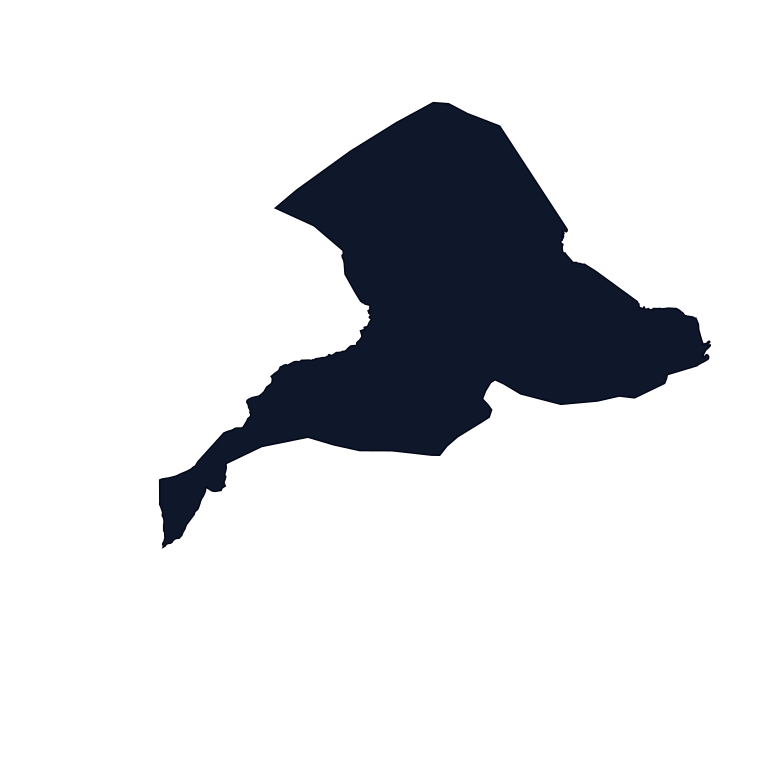 the district of South Dayi, Volta, Ghana, rotated 47°
{"feature_id": "2480657B27395942809935", "entity_name": "South Dayi", "entity_type": "district", "adm_level": 2, "iso_a3": "GHA", "parent_name": "Ghana", "parent_adm1": "Volta", "projection": "natural_earth1", "projection_center": [0.223, 6.546], "detail": "fine", "context": "isolated", "style": "filled", "palette": "ink", "viewbox_px": 768, "rotation_deg": 47, "n_neighbors": 0, "source": "geoboundaries", "source_scale": "gbopen_adm2", "svg_char_len": 6134}
<svg xmlns="http://www.w3.org/2000/svg" viewBox="0 0 768 768"><g transform="rotate(47 384 384)"><path d="M578.0,118.8L577.7,118.8L577.5,119.1L577.4,119.7L577.0,120.1L576.7,120.4L576.2,120.3L575.9,120.0L575.6,119.6L575.4,119.1L575.5,119.0L575.7,118.3L575.5,117.1L575.3,116.9L574.9,116.8L574.5,117.0L574.2,117.4L574.1,117.9L574.3,120.3L572.5,123.4L568.8,121.9L559.1,116.9L554.7,113.3L548.6,111.0L548.3,111.4L547.6,111.9L546.0,112.3L544.9,113.0L542.6,114.8L541.8,115.6L539.3,117.1L538.8,117.3L538.2,117.4L536.5,117.0L535.6,117.0L534.2,117.4L531.4,117.7L529.8,118.3L528.5,118.5L522.2,124.5L521.2,126.1L518.7,129.3L516.8,130.8L515.3,132.7L512.8,135.1L511.9,138.6L509.0,139.3L508.7,140.8L507.1,141.9L505.0,141.3L505.4,143.4L502.6,144.8L500.7,144.4L499.4,143.0L498.6,143.5L497.4,143.0L496.9,142.5L446.0,152.3L433.1,155.7L432.3,156.7L431.6,157.4L429.7,158.3L428.0,160.0L426.7,160.2L426.1,160.6L424.2,162.9L413.8,162.6L412.7,162.7L412.3,162.2L412.0,162.1L411.4,162.8L410.9,163.0L410.3,163.2L409.7,163.2L408.9,163.0L408.2,162.6L407.6,162.0L407.1,161.9L406.7,161.5L406.4,161.1L405.8,160.6L405.3,160.4L405.1,160.1L404.4,158.6L404.2,158.4L404.0,158.0L403.5,157.9L403.0,158.2L402.2,158.4L401.4,158.3L400.5,157.9L400.2,156.8L400.3,156.2L400.3,155.5L399.8,154.9L399.3,154.1L399.4,153.9L399.3,153.5L398.8,152.3L398.5,152.0L398.0,151.7L397.8,153.1L397.3,152.9L397.2,152.5L396.8,150.7L396.8,149.9L396.0,149.4L394.8,149.5L394.4,149.2L394.4,148.4L394.9,147.8L395.4,147.6L395.8,147.3L396.5,147.1L397.0,146.8L397.1,146.2L396.9,145.7L395.8,144.6L274.3,123.5L242.9,138.7L223.1,145.6L211.8,156.1L201.4,196.4L190.9,249.5L182.6,315.7L181.2,343.5L220.7,327.2L258.5,322.9L260.3,324.3L261.2,325.2L261.3,326.9L262.6,327.9L265.7,329.0L267.1,329.8L268.8,330.9L277.1,337.6L297.6,342.6L307.6,344.6L308.2,344.3L309.8,344.3L311.1,343.4L311.7,343.3L312.2,343.5L314.0,342.4L314.5,342.0L315.1,341.8L316.1,341.0L317.0,341.1L317.6,341.1L318.2,341.5L318.5,342.6L319.4,342.8L319.7,343.0L320.0,343.3L320.1,343.8L320.0,344.2L319.5,345.2L319.5,345.6L319.7,345.8L319.9,345.9L320.5,345.5L320.8,345.6L321.0,345.8L321.4,346.7L321.6,346.8L321.9,346.7L322.3,346.2L322.6,346.1L323.7,346.8L324.4,346.9L324.7,347.1L325.0,348.9L325.3,349.4L325.7,349.4L326.1,349.3L327.3,349.1L328.2,349.1L328.9,352.9L329.3,353.4L330.0,355.1L330.6,356.7L330.5,357.6L330.3,357.9L330.1,358.3L329.6,358.6L329.1,359.9L329.5,360.3L330.7,360.5L330.8,361.0L330.7,361.4L329.0,364.9L331.3,366.0L332.7,366.8L333.8,367.3L334.2,368.0L334.6,368.5L335.3,372.2L335.2,373.0L335.2,374.5L335.3,375.7L335.7,376.3L336.6,377.0L336.8,377.3L336.7,378.3L335.5,379.7L333.6,382.3L333.4,383.0L333.4,387.3L333.7,388.2L333.6,388.7L333.4,389.9L333.1,390.6L332.8,391.1L332.4,391.6L332.0,391.8L331.9,392.0L331.4,393.8L331.3,394.1L330.7,394.6L330.3,395.4L329.7,395.9L329.3,396.6L328.6,397.2L328.4,397.7L328.1,400.5L327.7,402.4L327.3,403.0L326.6,403.5L325.5,403.8L325.1,404.1L324.9,404.6L325.4,405.5L325.5,405.9L325.4,406.4L324.8,407.3L324.8,408.2L324.7,408.6L324.5,409.0L322.3,411.5L321.7,412.8L318.9,416.9L318.8,418.0L318.5,418.5L318.4,419.3L317.6,419.7L317.4,420.8L316.9,421.4L316.3,421.9L315.7,422.2L315.4,422.5L310.3,428.3L310.3,430.0L309.9,430.7L309.3,431.4L307.7,432.8L307.2,433.5L306.4,434.8L306.3,435.2L304.9,440.3L305.0,441.1L304.7,441.5L304.4,441.8L303.5,442.2L303.0,442.6L302.7,443.0L301.6,445.5L301.7,446.9L300.9,448.1L300.9,448.4L302.2,451.2L302.3,452.5L302.2,453.6L301.8,455.8L301.5,461.4L303.4,461.7L305.0,463.0L305.7,464.1L306.4,464.7L306.8,466.1L306.8,466.8L306.6,469.0L306.3,470.7L306.3,472.3L307.8,476.7L307.9,479.1L307.9,480.4L307.5,483.8L304.0,489.8L302.8,493.6L302.7,495.3L303.1,496.1L303.7,496.7L304.5,497.0L306.4,497.4L306.9,497.6L308.4,498.7L309.2,499.1L311.0,499.5L312.0,499.9L312.5,500.3L313.3,501.4L314.0,501.8L315.1,502.1L315.7,502.5L316.2,503.1L316.5,503.5L316.6,504.4L316.5,507.4L317.3,509.0L317.5,509.3L319.5,516.7L319.1,518.1L318.0,519.4L316.3,521.1L315.0,522.8L314.5,525.1L313.7,527.6L312.5,529.7L310.6,534.4L313.9,573.1L315.4,578.1L315.1,578.6L314.9,579.1L314.7,580.9L314.7,583.0L313.5,587.4L313.0,588.9L311.6,592.5L311.0,594.3L310.9,594.5L310.1,597.2L309.9,597.8L309.7,598.2L309.4,599.3L309.1,599.6L309.0,600.0L305.7,605.9L304.3,607.8L303.8,608.7L302.2,611.0L301.6,612.5L301.2,613.5L318.1,629.1L318.7,629.9L319.9,630.5L321.0,630.8L325.1,632.6L326.6,633.3L327.2,633.8L327.8,634.4L328.7,635.6L329.2,636.1L330.4,636.3L331.0,636.3L332.5,637.1L334.9,638.9L337.0,641.4L338.2,642.6L338.5,642.8L340.7,644.9L341.5,645.3L342.0,645.4L342.5,645.4L343.0,645.7L343.7,646.3L345.6,648.0L347.3,649.2L347.5,649.6L347.7,650.3L348.8,651.6L349.3,653.3L350.0,655.0L350.4,655.3L351.0,655.4L351.9,655.9L352.3,656.2L352.7,657.0L352.8,656.7L353.2,654.2L353.1,653.7L352.6,652.9L352.6,652.5L352.9,651.9L353.5,650.8L353.5,650.4L353.7,650.0L354.7,649.0L354.9,648.4L355.1,647.1L355.1,646.6L354.7,645.6L354.6,644.8L354.9,642.0L355.1,641.6L357.1,638.8L356.8,637.1L356.9,636.7L356.8,635.5L356.5,634.5L355.5,632.5L354.9,630.8L354.6,629.5L354.3,628.9L354.0,628.0L353.4,627.0L352.2,624.6L349.9,611.7L348.8,610.1L348.6,609.4L348.5,608.8L348.6,606.7L348.5,605.8L348.2,604.8L347.9,604.0L345.6,599.7L344.5,598.0L344.1,597.0L343.4,595.4L342.6,592.3L342.2,591.3L341.0,588.6L340.1,587.2L338.7,585.4L338.5,584.9L338.2,584.4L339.9,584.0L344.6,582.8L345.8,582.1L347.6,580.5L350.7,575.7L349.6,573.3L350.4,569.7L348.0,568.8L346.8,568.1L346.5,567.8L345.4,565.3L343.8,562.9L341.7,562.5L339.1,558.3L338.4,557.4L337.6,556.5L335.4,554.7L334.5,553.8L346.3,516.1L370.9,476.0L394.3,462.2L416.1,447.2L438.0,423.9L468.4,397.8L474.1,391.9L472.3,380.3L472.8,366.3L478.5,337.9L480.0,329.7L476.3,322.9L469.8,322.1L462.1,322.2L458.4,314.6L455.7,305.1L456.6,299.9L465.5,296.3L484.4,290.8L519.5,268.5L542.0,239.5L553.2,220.2L565.0,210.2L574.9,178.3L572.8,173.9L570.4,170.4L584.2,142.4L584.2,141.2L584.0,140.9L584.0,140.4L584.5,139.7L584.8,138.7L585.1,137.2L585.7,135.4L586.4,132.5L586.7,131.1L586.8,130.2L586.7,129.4L585.6,128.0L585.0,127.7L583.5,127.5L582.8,127.9L582.5,128.3L582.4,129.4L582.6,130.6L582.3,131.5L581.4,131.5L580.8,131.3L580.3,130.3L578.7,125.9L578.7,124.5L578.8,121.7L578.4,119.2L578.0,118.8Z" fill="#0f172a" stroke="#020617" stroke-width="1.5"/></g></svg>